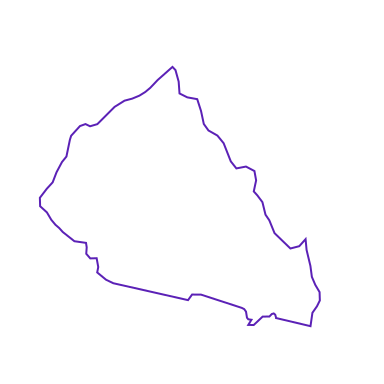 an SVG outline of Nahouri, rotated 12°
{"feature_id": "BFA-2830", "entity_name": "Nahouri", "entity_type": "Province", "adm_level": 1, "iso_a3": "BFA", "parent_name": "Burkina Faso", "parent_adm1": "", "projection": "equal_earth", "projection_center": [-1.167, 11.251], "detail": "fine", "context": "isolated", "style": "outline", "palette": "violet", "viewbox_px": 384, "rotation_deg": 12, "n_neighbors": 0, "source": "natural_earth", "source_scale": "10m", "svg_char_len": 1206}
<svg xmlns="http://www.w3.org/2000/svg" viewBox="0 0 384 384"><g transform="rotate(12 192 192)"><path d="M210.6,298.6L173.4,298.1L134.0,297.6L126.2,295.7L116.0,290.4L115.9,284.9L112.5,276.6L106.3,278.1L101.4,274.4L100.5,268.0L98.9,263.8L87.2,264.6L73.9,258.0L69.5,254.8L65.3,252.5L60.2,248.5L54.3,242.1L46.4,237.5L44.4,229.3L49.3,219.0L53.7,211.5L55.4,200.8L58.6,189.7L61.8,183.4L61.7,166.3L62.1,162.1L68.7,150.8L73.7,147.7L78.6,148.9L85.3,145.3L98.6,124.8L107.0,116.7L114.1,113.1L120.5,108.7L125.4,104.0L129.5,98.8L135.2,89.5L146.9,73.7L150.5,76.2L156.0,86.8L159.3,98.2L167.7,100.4L177.8,100.1L184.0,110.9L189.4,123.0L195.3,128.4L205.1,131.5L212.8,137.7L223.6,154.0L230.5,159.7L239.5,155.9L248.7,158.5L252.3,167.3L252.3,178.6L256.6,181.7L263.0,187.3L268.6,198.9L273.5,203.6L281.3,215.1L300.0,226.8L308.2,222.7L312.9,214.5L316.1,224.8L323.2,239.7L326.9,250.1L331.9,257.2L337.6,263.4L339.6,271.5L338.0,277.8L334.9,285.1L335.8,298.6L300.5,297.8L300.5,297.7L298.9,294.7L297.2,293.8L295.4,294.8L293.6,297.7L287.0,299.2L280.0,309.3L274.7,310.3L276.7,304.6L273.5,304.8L271.9,303.5L269.7,297.8L267.4,295.7L264.8,295.0L222.1,290.5L213.4,292.3L210.6,298.6Z" fill="none" stroke="#5b21b6" stroke-width="2"/></g></svg>